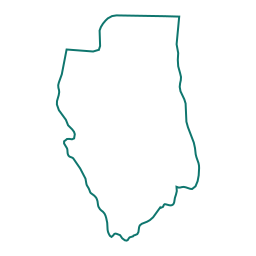 an SVG outline of Bukidnon
{"feature_id": "PHL-2589", "entity_name": "Bukidnon", "entity_type": "Province", "adm_level": 1, "iso_a3": "PHL", "parent_name": "Philippines", "parent_adm1": "", "projection": "natural_earth1", "projection_center": [125.004, 7.993], "detail": "fine", "context": "isolated", "style": "outline", "palette": "teal", "viewbox_px": 256, "rotation_deg": 0, "n_neighbors": 0, "source": "natural_earth", "source_scale": "10m", "svg_char_len": 1805}
<svg xmlns="http://www.w3.org/2000/svg" viewBox="0 0 256 256"><path d="M164.8,16.2L179.2,16.6L176.6,44.3L178.2,53.1L177.8,59.9L178.2,66.3L180.1,73.2L181.0,77.0L180.8,80.2L180.1,83.3L179.7,86.9L180.5,91.3L184.3,99.3L185.6,103.5L186.4,121.7L187.9,127.1L193.8,142.6L195.0,148.1L195.7,154.3L196.4,157.1L198.5,163.1L199.0,165.6L199.1,168.1L198.7,175.4L197.6,181.2L195.5,186.3L192.1,189.0L190.2,188.8L185.7,187.3L183.7,186.9L181.9,187.1L180.3,187.5L178.7,187.6L176.5,186.8L176.8,191.1L176.0,194.5L174.9,197.9L174.2,202.2L173.7,203.6L172.9,204.6L171.8,205.2L170.5,205.4L169.1,205.2L165.7,204.3L164.7,204.2L164.0,204.7L163.6,205.4L163.3,206.2L163.0,206.8L162.9,206.8L161.6,207.5L160.3,208.0L160.1,207.6L153.1,217.3L149.9,220.1L147.1,221.7L141.8,223.8L139.8,225.4L139.1,227.2L138.4,232.1L137.3,234.1L135.5,234.9L133.5,235.6L133.1,236.3L129.6,237.4L128.6,238.6L127.9,239.9L126.7,240.6L124.9,240.3L122.2,238.3L120.1,235.2L116.8,233.9L115.6,233.6L114.4,233.9L113.1,235.5L111.5,236.9L109.9,235.8L108.7,233.6L108.0,231.8L107.6,229.8L107.2,222.7L106.2,218.0L105.5,215.7L104.5,213.6L102.9,211.7L101.3,210.5L99.9,209.1L98.4,206.6L98.0,204.9L97.5,201.2L96.9,199.3L96.2,197.8L95.2,196.6L94.1,195.5L90.7,193.0L90.0,191.8L89.6,190.5L88.7,188.4L86.8,185.2L86.4,183.9L85.5,178.7L80.2,168.5L73.2,158.3L72.1,157.6L69.5,156.6L68.4,155.5L67.7,153.7L67.5,151.8L67.4,150.0L67.1,148.5L64.1,143.5L64.1,141.3L65.7,140.1L67.0,139.0L69.3,138.9L72.0,139.3L74.1,138.4L74.8,134.2L74.0,131.8L72.2,129.4L68.1,125.3L65.9,119.8L58.9,110.2L56.9,104.5L57.0,101.1L58.7,95.2L59.2,92.1L59.0,90.1L58.4,87.8L58.2,85.2L58.9,82.4L61.8,74.3L66.6,49.5L93.1,51.5L98.9,49.8L98.9,49.7L100.1,46.0L99.6,30.5L100.9,27.0L103.0,23.6L105.5,20.6L107.9,18.3L108.0,18.3L112.0,16.1L116.4,15.4L164.8,16.2L164.8,16.2Z" fill="none" stroke="#0f766e" stroke-width="2"/></svg>